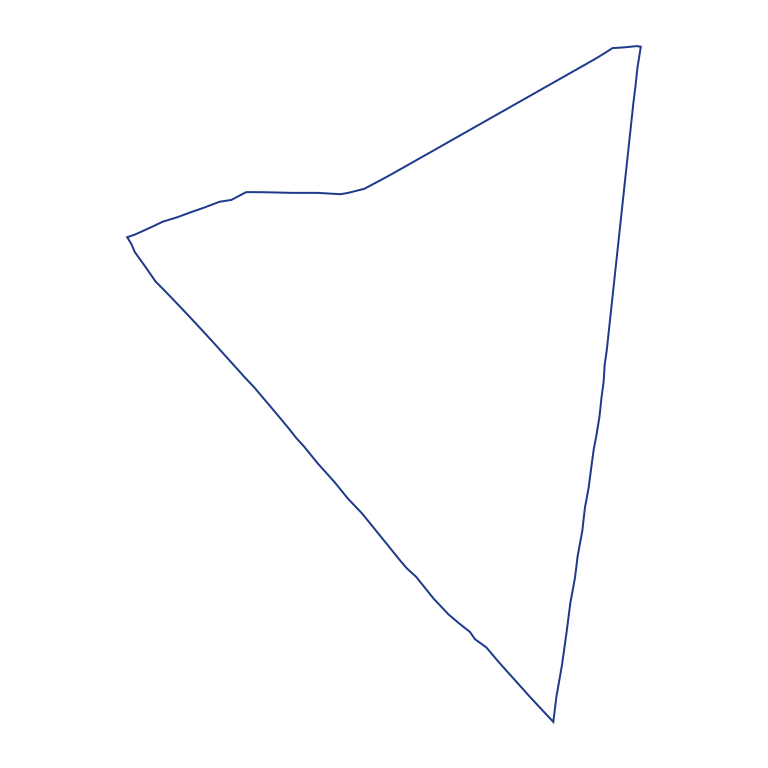 outline of Ain Al-Tamur, Karbala', Iraq
{"feature_id": "34846034B94422481549269", "entity_name": "Ain Al-Tamur", "entity_type": "district", "adm_level": 2, "iso_a3": "IRQ", "parent_name": "Iraq", "parent_adm1": "Karbala'", "projection": "orthographic", "projection_center": [43.515, 32.483], "detail": "fine", "context": "isolated", "style": "outline", "palette": "blue", "viewbox_px": 768, "rotation_deg": 0, "n_neighbors": 0, "source": "geoboundaries", "source_scale": "gbopen_adm2", "svg_char_len": 1055}
<svg xmlns="http://www.w3.org/2000/svg" viewBox="0 0 768 768"><path d="M553.3,721.9L556.3,697.4L562.0,664.9L566.7,631.3L570.3,603.2L575.0,577.7L577.6,556.5L582.3,530.9L584.9,507.9L588.6,487.9L591.2,468.0L593.8,448.7L596.4,435.6L599.5,416.3L601.5,397.6L603.6,382.0L603.8,379.5L604.6,365.2L606.7,350.8L607.7,341.5L633.4,102.9L635.4,86.7L637.5,67.4L640.8,46.7L636.5,46.1L623.9,47.4L612.5,48.1L605.5,52.6L595.7,58.6L394.6,172.5L387.2,176.6L364.5,188.7L348.1,192.9L340.5,194.2L318.1,192.9L293.6,192.9L263.1,192.2L246.2,192.1L231.4,199.9L219.4,201.8L202.5,208.2L191.1,212.1L177.4,217.2L162.7,221.7L151.8,226.9L134.8,234.6L127.2,237.2L131.5,244.3L134.8,252.1L145.1,266.4L155.4,281.3L170.7,296.9L184.3,311.2L195.2,322.8L212.0,341.0L244.7,377.3L254.0,387.1L272.6,409.1L282.4,420.8L288.9,428.6L296.0,437.7L304.2,446.7L317.9,463.6L334.2,481.7L347.9,498.6L362.1,513.5L400.4,560.8L407.0,568.5L416.3,577.0L433.3,598.3L448.6,614.5L458.5,622.9L470.0,632.0L474.9,639.1L486.4,647.5L498.5,661.8L530.3,697.3L553.3,721.9Z" fill="none" stroke="#1e3a8a" stroke-width="2"/></svg>